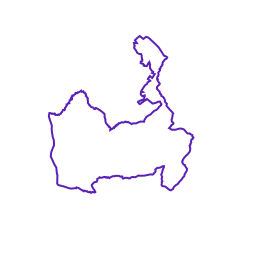 Risaralda, Caldas, Colombia, rotated 124°
{"feature_id": "7082276B60229328321476", "entity_name": "Risaralda", "entity_type": "district", "adm_level": 2, "iso_a3": "COL", "parent_name": "Colombia", "parent_adm1": "Caldas", "projection": "mercator", "projection_center": [-75.767, 5.114], "detail": "fine", "context": "isolated", "style": "outline", "palette": "violet", "viewbox_px": 256, "rotation_deg": 124, "n_neighbors": 0, "source": "geoboundaries", "source_scale": "gbopen_adm2", "svg_char_len": 5883}
<svg xmlns="http://www.w3.org/2000/svg" viewBox="0 0 256 256"><g transform="rotate(124 128 128)"><path d="M80.3,122.0L79.3,126.1L77.8,126.8L76.5,126.8L74.6,126.3L73.5,126.4L72.6,128.9L71.7,130.5L71.0,130.5L71.0,131.2L70.7,131.2L70.6,131.6L68.9,132.3L68.0,132.0L67.4,132.2L66.3,132.8L65.2,133.9L62.3,133.7L62.0,134.0L61.6,134.9L61.2,134.8L60.7,134.4L59.1,135.0L58.6,135.0L57.8,134.7L56.8,134.9L56.5,134.8L56.3,135.1L55.5,135.1L54.8,135.8L53.5,136.0L52.6,135.7L52.2,135.9L50.2,135.6L49.0,134.8L47.5,135.0L47.4,136.4L47.9,138.6L44.1,147.4L43.3,151.2L41.8,160.4L41.7,161.9L42.0,163.3L42.4,164.0L45.6,165.1L45.2,169.7L48.3,170.7L51.4,171.3L52.7,168.1L54.2,170.6L56.0,168.8L56.2,168.3L56.9,168.1L57.4,168.2L58.4,167.4L59.1,165.0L60.5,162.4L60.3,159.9L59.4,158.5L59.6,158.1L60.2,157.3L61.6,156.3L62.3,155.4L63.1,155.1L63.4,154.2L64.5,153.7L65.7,154.6L67.2,153.7L66.3,151.3L66.9,150.8L66.7,149.9L67.5,149.6L67.0,148.2L66.1,147.0L62.8,147.4L61.4,147.2L63.1,145.1L63.5,145.2L65.0,143.9L66.2,143.1L66.5,142.1L67.2,140.6L67.4,138.6L68.9,138.8L68.3,136.0L73.0,135.9L72.7,138.9L76.2,139.0L76.5,136.0L78.9,137.1L79.6,137.2L80.8,136.9L82.5,137.6L83.7,137.8L90.0,137.7L89.9,135.9L91.0,137.0L91.8,137.0L92.6,136.5L93.2,135.8L93.6,133.8L91.6,132.4L92.4,131.8L93.1,131.9L94.8,130.7L100.3,134.3L100.9,134.3L101.6,132.2L101.6,131.5L98.6,130.5L98.1,130.1L97.0,130.1L95.7,129.2L94.0,128.5L93.3,128.5L94.0,121.4L93.4,120.6L92.0,119.3L91.1,118.7L89.4,117.8L88.2,116.1L88.7,115.8L89.3,114.3L89.7,114.0L89.6,113.6L90.7,113.3L93.0,114.1L94.8,114.0L96.7,114.4L97.3,114.6L98.9,115.8L101.8,116.5L103.6,116.7L106.8,118.3L108.7,119.0L112.4,118.8L113.8,118.2L115.7,121.3L119.5,123.8L121.7,126.7L122.8,127.3L122.6,127.9L122.8,128.8L122.9,131.3L123.8,132.0L123.8,132.8L124.3,133.1L124.3,133.9L126.0,134.8L126.4,135.4L126.7,136.3L127.1,136.7L128.6,137.4L129.2,138.4L129.7,138.5L130.5,138.1L131.8,139.3L132.1,139.3L132.5,138.9L133.0,139.6L133.7,139.1L134.4,139.4L134.8,140.0L135.5,139.7L135.9,140.0L136.2,139.7L136.9,140.5L138.0,140.8L138.4,141.2L139.6,141.6L139.3,141.8L138.5,141.6L137.5,143.3L137.5,143.7L137.8,144.1L137.5,144.5L137.6,144.9L137.1,145.2L137.0,146.6L136.2,149.1L134.7,150.8L133.7,151.3L132.1,153.5L129.9,154.9L129.4,155.6L129.3,157.2L129.0,158.4L129.1,159.4L128.9,161.5L129.2,164.3L129.2,165.5L129.4,165.9L130.6,165.9L131.1,166.5L130.7,166.9L130.6,167.6L130.7,168.9L131.0,169.4L131.2,170.6L130.6,172.2L130.8,172.8L130.3,173.2L129.9,174.8L129.1,175.7L127.6,176.6L127.1,177.4L126.0,177.7L125.6,179.0L125.0,180.1L125.0,180.8L124.4,181.0L124.2,181.5L123.2,182.2L123.2,182.6L123.5,183.6L123.4,183.9L122.9,184.0L123.1,185.1L122.6,185.6L123.9,186.6L123.9,187.0L123.4,187.8L125.3,188.4L125.8,188.7L126.4,189.5L127.1,189.3L127.9,189.9L127.7,190.2L128.3,191.1L129.5,190.8L131.2,191.4L131.6,191.3L132.1,192.2L132.8,191.8L133.2,192.2L133.4,192.0L133.9,192.1L134.2,191.9L135.1,192.0L135.1,191.6L134.5,191.2L135.2,190.5L135.9,190.6L136.4,191.2L137.1,191.2L137.6,191.8L137.9,191.5L139.7,191.3L140.3,190.5L141.1,191.5L142.2,191.4L142.8,192.1L143.6,191.4L144.2,191.5L144.6,191.2L145.0,191.2L146.6,191.5L147.6,190.8L148.7,190.6L148.9,190.7L148.8,191.5L149.5,192.1L151.3,191.6L152.5,192.0L153.6,191.7L154.9,192.4L155.8,192.5L155.8,193.4L156.9,193.9L157.3,195.0L157.8,195.5L157.6,196.1L157.0,196.5L157.0,197.0L157.3,197.3L158.3,197.9L158.3,198.8L158.9,199.2L158.9,200.3L159.5,201.5L161.7,200.6L162.7,200.0L164.5,197.9L168.2,193.0L169.1,192.1L171.3,190.9L173.5,189.1L177.2,185.7L179.6,182.7L181.5,181.2L183.5,179.8L184.6,179.4L185.7,179.3L189.5,178.5L191.7,177.8L194.8,176.1L199.3,168.7L200.9,165.3L205.4,161.6L206.5,160.2L213.7,155.6L214.3,153.9L212.2,148.1L211.3,144.6L210.2,141.4L207.3,138.0L206.9,137.3L206.1,137.5L205.6,136.1L205.3,134.9L205.4,133.8L205.2,129.4L204.5,129.5L204.0,128.2L203.7,126.6L203.2,126.3L203.4,125.3L203.2,124.8L203.0,124.3L202.1,123.8L202.5,122.5L201.6,122.2L201.4,121.8L200.9,121.7L200.1,119.6L199.5,119.2L199.2,119.4L198.5,120.7L197.4,123.6L195.9,126.0L195.2,126.2L192.1,125.7L191.0,124.9L190.2,123.9L188.3,124.3L187.5,125.0L185.7,124.1L184.7,124.0L184.7,123.2L184.2,122.4L183.0,121.1L182.4,120.9L181.5,119.8L180.8,118.3L181.3,118.3L180.7,117.0L180.1,116.9L180.2,117.1L179.9,116.8L180.0,116.7L179.4,115.5L179.6,115.3L177.9,114.5L176.1,113.3L175.6,112.2L174.8,111.8L172.7,108.7L172.7,107.6L172.6,107.2L171.6,106.1L171.4,105.5L172.3,105.0L172.7,103.7L170.7,102.3L169.4,100.1L169.3,99.1L168.9,98.4L167.0,97.7L166.0,96.7L164.7,94.4L161.5,92.7L160.8,91.2L158.1,87.5L154.1,83.7L152.9,81.6L152.3,81.2L151.8,81.1L151.2,81.3L149.7,80.8L148.3,81.0L147.2,82.2L146.4,81.9L144.7,81.5L143.9,80.3L142.8,79.2L141.1,78.3L139.7,77.3L139.5,76.8L140.1,76.5L143.3,75.8L146.6,74.6L147.8,74.5L148.2,74.3L149.4,72.4L149.7,72.2L151.1,71.8L151.6,71.5L153.1,69.6L153.8,69.8L153.9,69.6L156.5,68.3L156.9,67.1L156.8,66.6L155.8,64.7L155.7,63.7L155.9,63.0L155.8,62.7L156.1,59.6L155.9,57.9L155.7,57.6L154.6,57.2L153.5,56.6L151.3,57.0L148.3,56.3L146.9,55.5L144.7,55.4L144.4,55.2L143.5,55.3L142.3,55.0L139.8,54.7L138.3,54.8L137.0,54.5L136.2,54.5L134.8,55.2L130.6,55.4L128.8,56.2L127.8,59.0L126.9,60.0L127.2,61.3L126.6,63.1L125.8,64.1L125.2,64.5L124.8,64.3L123.7,64.7L121.4,64.8L117.9,64.3L116.6,63.8L115.4,63.9L114.0,63.6L112.7,63.7L110.7,64.5L110.2,65.1L109.5,65.5L109.4,65.9L108.7,66.3L108.2,67.0L107.3,66.8L106.7,67.0L106.5,67.4L104.6,67.5L104.2,68.0L103.2,68.6L102.4,68.8L101.8,68.8L101.2,68.3L100.8,68.6L99.4,68.3L99.2,68.5L99.0,69.9L97.9,70.7L98.2,72.6L98.0,73.7L99.2,75.4L99.2,76.0L97.9,80.8L98.2,82.3L99.4,84.7L103.3,88.1L104.1,89.6L104.9,90.5L105.1,93.8L104.4,93.6L103.6,93.7L102.5,93.4L101.6,93.7L99.5,92.7L99.1,92.8L98.5,93.1L98.3,93.5L98.3,95.1L96.7,96.6L95.8,96.7L94.2,97.3L91.7,98.6L90.7,98.6L90.0,100.6L89.3,104.2L87.9,108.7L86.2,109.3L85.7,111.7L85.2,112.4L84.5,112.8L83.2,114.4L82.6,116.3L82.8,118.3L81.9,119.0L81.6,119.4L81.6,120.8L81.0,121.2L80.3,122.0Z" fill="none" stroke="#5b21b6" stroke-width="2"/></g></svg>